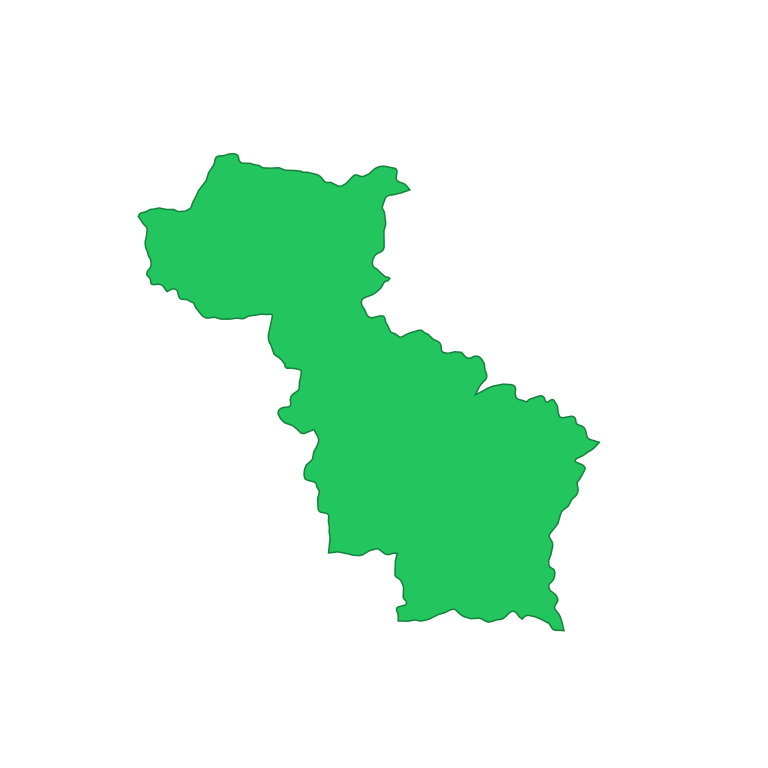 SVG path tracing the border of Moravicki, rotated 130°
{"feature_id": "SRB-829", "entity_name": "Moravicki", "entity_type": "District", "adm_level": 1, "iso_a3": "SRB", "parent_name": "Republic of Serbia", "parent_adm1": "", "projection": "equal_earth", "projection_center": [20.274, 43.751], "detail": "fine", "context": "isolated", "style": "filled", "palette": "green", "viewbox_px": 768, "rotation_deg": 130, "n_neighbors": 0, "source": "natural_earth", "source_scale": "10m", "svg_char_len": 6164}
<svg xmlns="http://www.w3.org/2000/svg" viewBox="0 0 768 768"><g transform="rotate(130 384 384)"><path d="M549.1,317.9L536.6,326.3L532.7,330.8L528.1,334.5L525.1,338.2L520.5,341.7L519.9,342.7L519.8,343.8L520.0,344.9L522.8,349.8L523.1,351.0L522.7,353.1L521.5,354.7L514.6,361.0L508.5,364.0L507.2,365.7L506.2,368.9L504.0,371.8L503.7,373.1L504.1,375.1L506.4,379.6L507.4,382.5L507.3,383.7L506.8,384.7L505.2,386.7L501.8,389.2L499.9,390.2L495.8,391.5L489.5,390.4L487.3,390.6L481.1,394.2L474.2,395.6L470.9,396.8L469.0,397.9L467.0,400.5L464.7,406.6L463.8,408.3L473.2,413.3L474.7,415.3L475.0,416.5L474.5,421.2L474.5,426.2L475.1,428.7L477.4,434.7L477.6,436.0L477.1,440.9L475.4,445.1L474.7,446.1L472.6,447.5L470.9,447.7L469.2,447.4L466.9,446.3L462.9,442.4L460.8,441.8L459.1,442.7L456.3,445.8L453.1,447.3L449.8,447.2L444.5,445.6L442.2,446.0L436.2,450.4L431.3,452.9L427.5,455.4L427.1,456.5L427.2,457.8L429.9,462.9L432.0,465.9L434.2,468.3L434.5,469.3L434.0,471.4L432.6,472.7L431.4,477.9L431.3,481.5L431.9,485.1L431.7,487.7L427.0,495.4L425.6,499.1L423.1,502.2L420.7,504.1L404.8,512.5L403.1,513.9L402.9,514.8L403.1,515.4L406.4,518.8L409.1,522.8L412.8,525.7L419.1,531.5L423.6,533.2L425.3,534.7L428.3,539.3L433.1,543.5L439.2,550.7L441.6,556.3L443.5,558.4L446.2,560.7L447.8,562.8L448.5,566.0L448.2,569.4L446.8,576.3L446.3,577.9L444.9,580.5L444.4,582.4L445.3,585.5L446.0,589.3L448.8,592.9L449.4,594.2L449.6,595.4L449.4,596.5L448.7,597.8L445.9,601.5L445.3,602.8L445.3,603.9L445.9,605.6L447.7,607.6L452.7,609.6L452.3,611.9L451.1,615.6L451.1,617.7L451.4,619.1L453.4,622.0L455.7,624.0L456.9,625.8L456.7,627.1L453.8,630.6L453.3,632.4L453.3,634.7L452.4,636.4L449.7,637.7L444.7,637.8L441.4,639.7L438.9,642.6L437.0,647.1L434.6,650.5L432.6,654.4L431.2,655.9L428.9,658.2L423.8,660.8L418.4,664.4L417.1,665.6L416.5,666.8L416.1,671.0L413.6,680.0L411.3,680.5L409.2,680.1L405.4,677.3L400.6,675.3L397.3,672.1L394.4,670.1L393.5,669.0L390.1,662.8L385.3,657.0L385.0,654.7L383.9,652.1L379.1,647.2L374.7,645.5L372.8,645.3L367.4,647.4L362.0,648.4L355.0,650.4L343.5,650.9L341.7,651.3L334.9,654.2L324.9,655.4L320.4,657.8L318.3,658.3L316.2,657.7L311.8,653.3L307.6,650.7L304.3,647.4L302.9,644.6L302.9,642.6L303.3,641.8L306.0,638.6L306.4,636.2L306.1,635.0L305.4,633.8L300.8,628.1L299.7,624.9L296.9,620.2L296.4,616.2L295.8,615.1L291.2,609.2L286.5,604.2L285.6,602.9L284.0,597.7L283.3,596.5L277.5,589.2L274.1,583.8L274.6,583.1L271.2,578.9L266.5,569.8L266.0,566.6L266.1,564.9L267.1,560.3L267.1,558.9L266.1,556.9L264.2,555.0L263.6,554.0L261.8,546.1L259.7,543.7L254.5,541.9L245.6,541.4L243.1,540.9L241.5,539.5L239.7,534.8L238.2,533.2L232.5,530.5L225.0,529.5L221.4,527.9L219.0,526.0L216.9,523.7L211.6,513.9L211.6,512.8L212.1,511.6L213.0,510.5L218.5,507.0L219.9,504.7L219.5,502.2L218.1,498.7L217.5,496.4L217.9,492.8L218.7,489.0L226.3,493.5L232.8,498.3L235.9,501.1L237.6,502.1L239.5,502.6L241.0,502.4L248.8,499.5L250.4,498.2L252.2,494.1L259.5,486.3L261.2,485.0L267.0,482.3L278.9,472.0L281.3,470.9L283.6,470.9L289.4,473.3L291.7,473.6L296.0,472.5L299.4,470.2L300.9,467.9L301.0,466.8L300.5,462.9L300.9,459.3L301.0,451.5L299.4,449.3L299.5,447.3L302.5,447.3L304.0,448.7L306.4,449.2L312.4,448.0L318.8,449.0L322.6,450.0L331.1,454.8L333.5,455.1L335.7,454.1L338.0,451.5L339.4,446.7L341.8,442.1L342.3,440.5L342.3,438.4L341.4,436.4L339.8,434.8L334.8,431.2L332.9,429.1L332.4,427.9L332.7,426.2L335.6,422.3L337.4,417.6L339.6,413.1L339.8,411.4L338.3,407.4L338.0,402.3L337.6,401.6L336.7,400.7L330.5,398.2L327.7,396.7L320.1,391.6L318.8,389.8L318.6,388.7L318.7,385.9L317.6,382.0L318.1,375.1L316.5,368.9L316.7,367.6L317.8,365.2L321.3,361.6L321.8,359.9L321.6,358.7L319.7,355.1L317.8,353.4L313.9,350.6L310.0,345.2L310.1,342.7L310.6,341.0L310.8,338.4L310.1,336.0L308.7,334.5L304.6,332.6L303.2,331.1L302.3,329.5L302.0,328.2L302.1,325.6L303.9,320.3L307.9,316.2L310.4,311.9L312.1,310.1L313.4,309.4L315.5,309.0L320.8,309.4L324.4,309.3L333.5,307.1L325.9,303.8L320.8,302.0L315.3,299.0L307.5,292.6L302.7,286.2L301.7,283.7L301.9,281.7L303.2,280.0L307.0,277.4L309.2,274.6L309.6,273.5L309.7,272.2L309.1,270.6L307.5,267.2L306.0,263.2L303.9,263.1L301.8,262.5L294.2,257.9L291.9,255.9L291.3,254.7L291.4,252.7L293.1,249.7L293.4,248.2L292.9,247.3L292.2,246.9L288.4,245.7L287.3,244.3L287.4,242.9L289.4,237.0L294.3,231.8L296.1,228.4L296.0,227.2L294.6,225.0L288.4,219.9L287.6,218.8L287.1,216.9L287.5,215.1L289.9,212.3L290.7,210.5L290.4,209.0L288.8,204.7L289.0,202.1L290.4,199.2L293.5,195.1L294.2,193.7L294.4,192.4L294.0,190.2L290.2,181.6L296.2,181.8L300.1,182.3L305.6,184.2L311.2,185.6L317.4,188.6L319.2,188.6L320.5,187.9L320.6,187.2L318.5,180.3L318.3,179.0L318.7,176.5L319.5,175.6L321.3,174.8L331.2,172.9L334.8,172.9L336.7,171.6L339.0,168.5L340.9,166.8L343.2,165.6L345.8,165.2L352.1,165.9L358.5,164.4L359.8,164.4L364.9,165.7L367.6,165.8L370.9,164.8L378.9,161.2L382.3,160.8L391.0,160.8L393.5,160.3L395.0,159.0L397.1,153.2L399.6,150.6L407.8,146.3L413.3,144.4L416.6,141.5L417.6,139.6L417.0,135.0L417.1,133.9L418.7,131.8L421.6,129.8L424.1,128.7L426.9,128.4L431.1,128.7L432.0,128.5L433.8,127.1L434.9,125.3L435.4,123.7L435.1,118.0L435.5,115.8L437.0,112.7L438.6,111.4L444.7,110.3L446.2,109.0L446.7,107.8L447.8,102.5L449.0,99.5L451.5,95.3L457.3,87.5L459.1,90.2L462.6,94.5L463.3,96.5L463.3,97.7L461.6,103.0L461.5,104.4L463.2,112.2L465.3,118.9L468.0,124.0L469.8,126.1L472.9,127.0L475.3,127.0L475.4,130.8L474.3,135.4L474.2,136.8L474.5,138.0L475.3,139.2L476.5,140.1L478.6,140.8L484.7,141.4L487.5,142.1L488.7,142.7L492.5,146.3L495.6,148.1L499.1,150.7L500.2,153.0L501.5,159.2L502.3,160.7L507.9,166.5L510.6,172.9L511.1,174.5L511.4,177.9L511.0,184.0L511.5,185.5L512.2,186.4L515.0,188.3L519.7,190.2L525.9,194.3L534.7,198.1L538.4,200.4L542.2,203.8L544.8,208.6L550.2,213.1L556.4,220.8L552.2,224.3L550.5,226.5L549.4,228.9L547.9,230.1L547.1,230.2L545.5,229.7L539.7,225.7L538.0,225.7L537.0,226.2L536.1,227.7L535.9,230.4L535.2,232.1L527.8,237.8L526.5,239.3L524.9,242.1L523.7,245.0L523.6,246.3L524.0,250.6L523.8,251.8L523.1,253.0L512.3,261.5L505.2,265.0L507.6,268.0L511.7,270.8L513.1,272.6L513.6,274.9L513.8,281.3L514.4,282.9L515.1,283.9L521.3,288.1L528.5,290.5L531.7,293.0L535.3,298.2L536.8,301.5L542.2,311.4L549.1,317.9Z" fill="#22c55e" stroke="#15803d" stroke-width="1.5"/></g></svg>